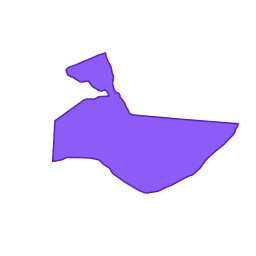 the district of Sampaio, Tocantins, Brazil, rotated 130°
{"feature_id": "56859067B23367383514430", "entity_name": "Sampaio", "entity_type": "district", "adm_level": 2, "iso_a3": "BRA", "parent_name": "Brazil", "parent_adm1": "Tocantins", "projection": "mercator", "projection_center": [-47.925, -5.341], "detail": "fine", "context": "isolated", "style": "filled", "palette": "violet", "viewbox_px": 256, "rotation_deg": 130, "n_neighbors": 0, "source": "geoboundaries", "source_scale": "gbopen_adm2", "svg_char_len": 1361}
<svg xmlns="http://www.w3.org/2000/svg" viewBox="0 0 256 256"><g transform="rotate(130 128 128)"><path d="M202.0,164.2L199.9,162.4L194.6,158.1L190.1,156.2L179.7,143.5L176.3,139.1L172.8,133.2L171.1,129.5L171.2,126.9L171.6,124.0L170.6,116.3L172.2,112.2L172.6,109.2L171.8,99.7L171.5,95.8L170.6,90.4L169.7,84.8L168.7,79.1L167.1,74.0L165.5,71.6L161.0,67.7L156.9,64.2L147.9,60.2L145.0,58.4L141.7,57.0L130.1,52.5L124.9,50.1L123.1,48.7L116.3,47.4L111.8,47.1L103.2,47.7L98.9,47.4L91.2,46.4L79.1,44.0L65.2,43.1L62.9,43.4L59.2,44.8L56.2,45.2L54.0,46.4L88.1,94.3L114.7,132.4L115.9,136.0L113.9,140.1L112.9,143.6L111.2,146.4L109.9,150.2L109.7,153.6L108.1,155.3L107.3,157.7L108.5,160.2L107.1,163.8L105.8,166.0L103.5,168.8L100.4,170.4L97.6,172.5L96.1,175.5L94.2,177.5L92.4,180.0L91.0,183.0L89.7,186.5L87.8,190.0L85.0,193.6L91.4,197.6L99.8,201.7L102.6,203.2L105.9,204.9L109.1,206.6L111.5,207.7L115.1,209.6L118.2,211.6L121.0,212.9L123.5,212.6L124.8,210.4L126.1,208.2L125.5,205.1L124.5,202.3L124.2,199.6L123.9,197.2L123.4,194.5L121.8,192.1L119.9,190.9L117.4,188.6L118.2,185.5L118.9,182.6L119.0,180.0L118.2,177.5L118.3,174.9L116.8,172.0L113.6,170.0L113.6,167.5L114.5,165.3L115.6,162.9L118.2,165.6L120.4,168.0L122.7,170.5L125.7,171.5L128.1,172.8L129.9,175.4L132.4,178.3L134.8,179.7L166.8,187.9L169.4,188.6L202.0,164.2Z" fill="#8b5cf6" stroke="#5b21b6" stroke-width="1.5"/></g></svg>